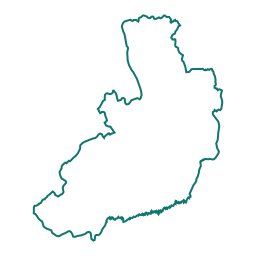 Nalae, Louang Namtha, Laos
{"feature_id": "54806243B58985543260774", "entity_name": "Nalae", "entity_type": "district", "adm_level": 2, "iso_a3": "LAO", "parent_name": "Laos", "parent_adm1": "Louang Namtha", "projection": "equal_earth", "projection_center": [101.371, 20.533], "detail": "fine", "context": "isolated", "style": "outline", "palette": "teal", "viewbox_px": 256, "rotation_deg": 0, "n_neighbors": 0, "source": "geoboundaries", "source_scale": "gbopen_adm2", "svg_char_len": 5846}
<svg xmlns="http://www.w3.org/2000/svg" viewBox="0 0 256 256"><path d="M216.2,143.5L217.7,139.9L218.3,132.7L219.3,125.9L218.3,121.6L213.1,114.7L212.8,113.3L212.9,112.0L214.5,111.1L214.4,110.5L214.6,110.0L215.7,110.8L216.2,110.6L216.7,111.3L218.5,109.6L220.2,110.2L221.3,108.8L222.2,103.2L222.2,101.7L222.1,100.3L221.2,97.6L220.8,96.9L220.9,94.8L221.9,90.4L219.3,89.3L218.7,89.4L217.8,90.2L216.9,88.7L216.4,88.9L215.9,88.2L215.0,88.1L214.6,87.7L214.5,86.0L215.6,85.1L215.9,84.5L215.3,81.3L215.6,80.7L215.4,78.4L214.7,75.6L213.9,74.3L213.5,72.2L212.8,70.8L212.3,70.6L212.2,69.3L211.5,68.8L210.4,69.0L209.2,69.9L207.8,69.2L206.7,70.1L206.0,70.1L205.7,69.7L205.1,70.2L204.3,70.1L202.7,68.9L191.7,69.1L189.1,72.0L186.3,72.2L185.3,66.7L183.5,61.8L182.3,60.8L181.8,59.4L183.0,55.2L181.7,54.5L179.3,52.5L178.5,50.4L177.9,47.8L175.5,46.5L175.2,45.2L175.5,40.9L175.3,39.5L174.7,39.2L174.3,39.6L172.5,39.5L172.4,38.9L171.6,38.3L171.3,37.8L171.7,36.3L172.7,34.7L174.9,33.6L175.4,31.6L177.0,29.5L178.3,27.1L178.5,26.2L180.1,25.5L178.0,22.6L177.4,21.4L177.0,21.1L175.1,20.9L175.0,20.0L173.6,20.7L172.9,21.7L172.1,21.8L171.5,22.6L170.7,22.5L170.6,21.1L171.0,19.6L170.2,18.4L169.0,16.9L166.7,17.0L164.8,15.5L163.8,15.6L162.2,17.4L160.6,18.3L159.0,17.4L155.8,19.0L154.2,18.7L153.3,16.8L152.8,16.5L151.5,16.7L150.1,18.1L149.5,18.2L147.8,17.6L146.8,16.5L143.7,15.4L142.7,15.6L141.3,17.0L139.0,18.2L138.7,19.0L138.6,20.5L138.2,21.5L136.1,20.0L133.7,19.9L132.8,20.8L132.2,20.9L131.3,20.6L130.5,19.7L125.7,21.1L124.4,21.6L123.5,22.5L122.5,24.3L121.8,26.6L123.3,31.6L124.5,34.2L126.7,46.0L127.8,47.3L128.1,48.2L127.2,52.3L127.7,60.5L128.9,64.8L131.3,69.6L133.2,72.1L136.9,78.8L140.5,89.0L141.2,91.7L141.6,95.1L140.5,98.4L139.8,99.3L138.6,98.6L137.0,98.2L131.3,100.3L130.0,102.4L128.4,104.1L126.5,104.4L125.4,103.3L124.9,100.9L124.8,99.1L123.4,98.0L121.9,98.3L121.1,99.9L118.0,100.8L117.2,98.7L116.5,95.1L115.3,92.5L113.7,90.6L113.1,90.7L112.7,92.6L111.7,93.6L110.0,94.2L107.3,93.3L106.1,93.6L104.9,95.1L104.7,98.2L104.9,99.8L103.1,100.9L99.8,107.0L97.8,108.9L98.5,109.7L99.0,111.1L100.2,113.2L102.1,111.9L103.7,112.0L104.7,112.7L105.5,116.4L106.3,118.0L107.0,120.5L106.2,121.5L104.6,122.7L106.1,125.5L108.1,126.4L110.4,126.7L114.5,132.6L111.0,133.9L110.3,134.6L109.5,134.5L109.0,133.4L108.3,133.5L104.5,136.7L104.1,137.9L102.7,136.2L102.0,134.4L100.4,133.6L98.5,134.5L96.9,136.8L95.3,138.0L92.2,138.7L84.2,142.0L82.3,143.2L80.2,145.4L80.1,148.7L77.8,153.4L75.6,156.0L73.7,157.5L70.0,161.3L68.8,160.8L66.6,163.2L65.8,162.6L65.0,162.7L63.7,163.9L62.1,165.6L61.6,166.8L61.6,168.3L59.6,171.8L59.8,173.6L60.5,176.4L61.7,178.6L65.1,180.6L66.2,182.0L66.1,182.8L63.2,186.1L62.8,188.0L63.5,192.1L62.1,194.2L61.1,194.4L58.1,196.5L55.2,194.9L54.4,192.8L52.7,191.5L50.3,193.9L47.3,196.1L46.8,197.2L45.4,198.2L44.7,199.3L43.1,199.5L42.0,200.8L40.8,203.0L39.2,203.6L39.3,203.8L37.8,205.0L36.1,205.7L34.6,205.8L33.9,207.2L33.8,213.4L35.3,214.0L37.0,216.1L38.5,218.5L40.2,220.2L42.1,221.4L43.7,226.6L46.4,228.5L51.2,230.3L52.2,232.8L56.3,235.7L58.9,236.3L62.6,234.1L64.9,233.3L68.4,231.3L69.9,231.2L71.3,232.4L72.5,234.6L73.0,236.5L74.7,236.9L77.4,236.0L81.8,235.2L85.3,233.8L87.3,232.2L89.5,232.0L90.8,233.5L91.4,238.9L93.4,240.6L94.6,240.1L95.2,235.9L96.2,235.0L98.0,235.1L99.8,234.3L101.2,232.1L102.7,228.6L105.3,225.2L105.8,223.2L106.8,222.0L106.3,221.0L107.5,218.8L108.5,217.8L108.9,217.7L109.8,218.7L110.0,217.3L111.1,218.2L112.0,217.2L112.2,217.4L112.0,218.5L113.1,218.0L113.9,219.4L114.9,219.8L115.7,218.7L117.0,218.5L118.3,216.9L118.8,217.7L120.1,217.9L120.6,217.5L120.9,217.6L121.4,218.6L121.8,217.8L121.6,217.4L121.9,217.2L122.4,217.8L122.3,218.5L122.8,218.2L123.2,218.5L123.2,220.8L123.5,222.0L125.7,221.1L128.9,218.7L129.6,219.4L129.9,219.3L130.0,219.0L129.4,219.0L129.4,218.7L130.1,217.7L132.4,218.0L133.7,216.6L135.2,217.1L137.3,215.3L138.3,215.8L139.1,214.7L138.9,213.6L139.7,214.8L141.5,215.1L141.8,214.4L143.0,215.0L143.0,213.9L143.6,214.2L143.7,215.0L144.0,215.0L144.5,213.9L145.2,214.4L145.2,213.6L145.8,212.9L146.1,213.1L146.0,213.6L146.3,213.6L146.5,212.7L147.0,212.9L147.7,214.5L148.0,214.1L148.0,213.4L148.5,213.0L150.0,213.4L150.5,212.8L150.7,213.1L150.6,213.7L151.2,213.6L151.3,212.3L151.6,212.0L151.2,211.1L151.5,210.7L151.8,211.2L151.7,211.7L152.7,211.5L153.2,212.6L153.7,212.3L153.9,211.5L155.0,211.2L155.4,211.6L155.4,212.3L156.0,213.2L155.8,212.1L156.2,211.3L156.5,212.0L157.4,212.1L157.1,212.8L157.9,213.2L158.5,214.3L159.0,213.5L157.8,212.4L157.9,211.7L158.5,212.2L158.5,211.5L158.6,211.3L159.2,211.7L159.2,210.7L159.9,211.1L160.5,210.4L160.8,210.8L160.3,211.8L160.3,212.2L160.9,212.4L161.3,211.8L161.9,211.6L162.0,210.9L162.7,211.0L162.8,210.5L162.5,210.2L162.7,209.8L163.6,208.4L164.6,207.5L165.5,207.8L165.6,208.2L165.3,208.9L165.7,209.2L166.3,208.5L167.0,208.8L167.1,207.6L167.8,207.9L168.6,207.5L169.2,207.7L169.3,206.8L169.6,206.5L170.0,206.8L169.7,207.1L169.8,207.4L170.1,207.0L170.3,207.2L171.2,205.7L171.5,206.1L172.1,205.6L173.4,205.8L174.0,204.5L174.8,203.6L175.3,203.9L175.2,203.4L175.7,202.6L175.4,201.5L175.7,200.8L176.3,201.0L176.5,202.0L177.4,202.1L177.4,202.5L177.1,203.0L178.0,203.2L178.6,202.0L179.0,202.2L178.9,203.1L179.1,203.2L179.5,202.7L180.0,203.0L180.4,202.2L180.6,202.1L180.8,202.8L181.0,202.8L181.2,202.0L181.8,201.3L182.9,201.4L183.2,200.9L183.7,202.5L184.1,202.0L184.6,202.2L184.7,201.0L185.8,202.1L185.9,201.6L186.3,201.6L186.6,200.2L188.2,197.4L188.4,197.3L189.3,198.1L189.4,197.4L190.6,196.7L190.4,195.2L189.8,194.7L189.6,193.9L193.5,185.1L195.3,182.8L196.1,181.1L196.7,178.2L197.6,176.9L198.6,173.7L199.3,169.4L200.7,166.5L200.8,165.5L200.3,161.8L200.7,161.1L201.3,161.3L202.1,160.6L202.4,160.0L203.0,160.4L204.2,159.6L204.4,159.0L205.0,159.3L205.8,159.0L208.5,159.3L209.6,158.8L212.9,159.5L214.2,159.1L215.7,157.6L218.5,153.2L218.9,151.5L217.2,148.1L216.2,143.5Z" fill="none" stroke="#0f766e" stroke-width="2"/></svg>